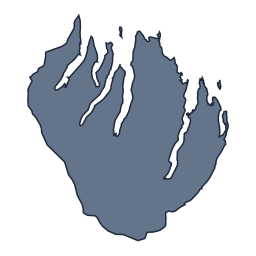 the district of Súðavíkurhreppur, Vestfirðir, Iceland
{"feature_id": "244011B7322015257461", "entity_name": "Súðavíkurhreppur", "entity_type": "district", "adm_level": 2, "iso_a3": "ISL", "parent_name": "Iceland", "parent_adm1": "Vestfirðir", "projection": "orthographic", "projection_center": [-22.738, 65.904], "detail": "fine", "context": "isolated", "style": "filled", "palette": "slate", "viewbox_px": 256, "rotation_deg": 0, "n_neighbors": 0, "source": "geoboundaries", "source_scale": "gbopen_adm2", "svg_char_len": 5723}
<svg xmlns="http://www.w3.org/2000/svg" viewBox="0 0 256 256"><path d="M83.4,212.9L87.6,215.3L95.3,215.8L97.5,218.1L99.8,222.5L102.9,226.6L108.3,231.0L115.9,234.3L123.5,234.6L137.9,240.6L144.8,238.5L147.1,232.3L153.5,232.0L159.7,230.4L164.8,226.8L165.7,225.1L165.8,221.7L165.6,220.5L166.0,218.9L165.5,213.6L166.0,212.4L169.2,211.0L172.3,211.9L175.5,210.9L180.2,207.2L185.0,204.7L184.2,203.9L184.8,203.0L191.2,199.8L198.1,192.5L200.5,188.6L201.9,188.7L202.0,186.9L207.1,181.4L209.9,177.4L214.8,167.9L214.9,165.8L215.9,164.1L215.8,162.3L217.1,158.0L221.5,151.3L224.8,145.1L225.7,144.4L225.2,140.6L223.9,139.7L225.9,135.7L226.7,131.3L228.0,127.7L228.1,124.3L226.7,120.6L226.9,116.8L226.3,114.7L226.7,113.0L226.4,111.3L224.1,111.6L223.2,114.6L222.7,114.8L222.4,116.9L223.1,117.8L223.4,121.8L225.0,124.5L225.5,123.8L226.1,124.8L225.7,127.8L226.2,129.3L223.1,134.7L219.1,136.8L219.3,135.8L219.7,136.2L219.3,135.7L219.9,132.9L219.5,127.0L218.4,121.2L218.3,116.7L219.1,112.0L220.1,110.4L220.7,110.4L220.8,109.4L220.5,109.2L220.9,108.6L220.4,106.6L217.3,100.1L215.1,97.3L214.4,97.1L213.4,98.3L213.0,96.8L212.5,98.8L212.6,100.5L213.6,102.6L212.9,103.2L213.1,105.1L212.3,105.2L211.7,103.4L211.2,104.0L211.2,105.3L210.1,105.6L209.3,104.2L208.0,104.0L208.0,103.0L207.4,102.5L206.8,99.9L206.9,96.2L207.9,94.6L207.0,90.6L206.5,90.5L206.9,89.1L204.4,85.9L204.2,83.6L203.3,83.4L203.2,82.6L203.7,82.4L203.6,80.9L202.3,77.8L201.9,80.4L201.1,79.1L200.8,79.7L201.1,80.3L200.3,80.0L200.4,79.1L200.1,78.9L199.3,82.5L199.5,84.5L200.2,85.8L200.1,86.8L199.7,88.5L198.5,89.2L197.5,93.4L197.9,94.8L197.4,98.7L198.0,100.7L197.9,104.1L196.2,106.4L195.5,109.6L193.4,110.1L193.7,111.1L192.6,111.8L192.4,111.1L191.8,112.9L190.4,113.2L189.6,115.0L189.1,115.2L188.7,114.0L188.2,115.0L188.3,117.4L190.2,118.4L190.5,121.2L188.8,127.3L188.3,127.8L187.1,131.4L185.7,133.2L185.2,132.7L184.3,133.6L184.0,140.5L183.3,143.4L177.4,151.6L177.1,159.8L177.6,161.3L177.4,165.3L170.9,178.3L167.6,179.2L164.8,177.9L165.0,179.0L163.8,178.9L164.0,178.0L167.8,173.6L170.1,168.6L170.7,165.9L171.3,165.5L171.4,163.1L168.9,161.2L168.6,160.1L172.2,148.9L175.0,143.6L178.1,140.2L178.4,138.3L177.8,136.1L180.5,128.9L182.0,127.7L181.6,126.4L181.9,125.5L183.6,123.6L182.0,118.8L185.1,110.4L185.0,109.3L184.0,108.3L183.9,106.5L185.7,100.4L185.3,98.4L183.9,97.1L183.7,95.9L184.3,93.5L185.9,90.0L188.2,80.4L187.6,79.9L186.5,83.3L186.1,82.5L182.7,83.9L182.2,82.4L181.5,82.3L181.3,81.0L180.8,80.7L181.8,80.6L182.0,79.9L180.8,79.9L180.8,77.9L180.1,76.9L181.1,75.0L182.0,75.1L182.3,73.9L181.1,72.7L179.7,73.7L177.2,72.3L177.1,65.7L175.3,63.4L174.5,58.6L174.0,57.6L171.4,60.1L169.8,59.9L166.5,57.1L164.5,56.3L162.6,54.0L161.5,47.4L160.0,46.3L159.7,42.6L158.7,41.4L159.6,40.0L159.7,39.2L159.4,38.3L160.3,36.3L160.2,33.6L159.4,32.1L159.2,33.1L157.3,34.7L158.5,37.2L158.4,38.8L150.1,36.9L148.9,37.6L148.7,38.4L149.6,40.6L148.6,41.4L146.7,41.2L145.9,39.4L145.1,39.4L143.1,35.5L139.6,31.1L137.4,31.9L136.6,34.8L135.7,35.8L135.7,40.2L134.8,46.9L133.2,51.8L132.9,60.4L131.0,63.1L131.2,64.4L130.8,65.1L131.8,65.7L133.3,68.7L134.7,76.0L134.1,79.4L132.8,82.4L131.1,90.3L132.0,92.3L132.9,98.1L130.4,105.4L128.7,111.9L125.7,117.7L124.1,118.9L123.5,120.8L121.3,124.0L121.5,125.0L119.7,130.7L119.7,132.2L119.1,134.1L117.5,136.3L116.4,136.0L115.6,134.6L116.2,133.8L116.0,133.4L115.1,134.1L114.5,135.7L113.8,135.5L113.7,134.6L114.5,134.9L113.8,133.8L113.9,132.1L113.4,129.9L115.0,120.4L120.0,111.9L121.3,105.1L122.9,102.7L122.5,102.2L122.9,99.9L122.4,96.3L123.3,90.9L122.8,87.0L123.0,84.5L124.0,77.1L125.2,74.7L124.8,73.7L125.1,72.6L124.7,72.6L124.9,71.4L122.4,69.1L121.7,67.6L120.4,67.1L120.0,65.9L120.2,64.1L118.2,69.1L115.1,72.2L113.4,77.2L112.3,78.3L112.8,79.0L112.7,80.2L111.2,85.1L111.0,88.2L109.6,91.4L103.1,99.5L94.6,105.8L94.9,106.1L91.5,112.5L86.5,117.2L82.6,124.5L81.5,125.5L80.2,125.4L79.5,123.9L81.1,118.7L82.7,115.4L88.1,109.9L89.7,104.8L91.2,102.4L100.0,94.3L100.7,92.4L104.3,86.7L106.2,78.0L107.1,77.5L107.3,75.5L108.8,74.4L109.8,70.2L110.8,69.4L112.3,62.8L112.7,59.1L112.5,58.4L113.2,54.0L111.4,48.4L111.6,46.2L112.6,45.1L112.2,43.8L110.5,42.3L108.2,43.7L106.0,43.1L106.7,48.1L107.8,50.3L108.0,52.5L104.8,55.8L105.0,56.9L103.3,61.9L99.2,69.6L96.0,72.7L97.2,79.0L99.7,84.2L99.0,86.7L96.1,86.6L94.7,82.4L92.3,78.1L91.5,72.1L92.0,70.9L91.8,70.0L92.4,67.2L95.1,61.9L97.6,61.8L96.8,60.5L97.6,57.9L97.2,55.9L97.3,54.6L94.3,46.2L92.5,37.6L91.2,36.4L89.5,40.9L88.3,46.0L87.5,46.9L87.6,48.8L87.2,52.1L84.8,59.1L82.5,62.6L69.4,77.4L67.6,77.2L69.4,79.5L67.4,83.2L67.4,84.5L66.7,85.1L66.0,87.2L64.9,86.9L65.9,86.4L65.6,85.9L66.0,85.1L64.6,83.7L62.7,86.3L57.4,90.0L56.1,90.2L54.5,88.5L55.4,86.3L60.5,80.0L63.2,74.9L63.4,73.6L67.1,67.4L67.4,65.5L74.8,59.0L78.4,54.2L80.2,54.9L79.8,54.2L80.0,52.9L79.3,51.4L79.9,48.2L79.6,44.8L80.7,44.1L80.6,43.5L80.3,43.5L80.6,44.0L79.7,44.1L79.9,43.2L80.7,42.5L81.1,42.9L80.6,41.4L80.8,40.0L80.4,38.5L80.0,32.3L80.4,28.0L80.2,20.9L78.8,15.4L74.8,21.0L74.3,22.8L74.3,27.0L73.9,28.6L68.1,38.8L66.5,43.2L62.2,46.3L45.9,52.1L45.6,53.2L45.7,56.4L44.0,65.5L38.7,68.4L37.5,71.7L32.6,74.6L31.5,76.4L29.9,77.2L32.1,81.3L28.9,87.0L27.9,89.9L28.3,94.1L27.9,99.2L28.2,105.8L31.7,110.7L32.7,114.2L35.2,116.5L40.2,124.9L41.4,128.5L41.7,132.7L47.3,145.0L64.6,161.9L68.6,174.9L72.1,179.5L74.6,184.3L77.5,195.7L82.4,204.9L83.1,208.1L83.4,212.9ZM121.7,37.1L121.3,35.7L121.8,29.4L121.1,27.2L119.7,27.3L119.6,29.7L120.6,32.3L120.0,34.0L120.0,35.6L121.7,37.1ZM219.9,82.8L219.9,81.8L219.8,82.6L217.7,82.7L217.6,84.1L217.9,85.6L219.1,88.0L219.3,87.5L219.7,88.2L219.8,87.6L220.3,88.4L220.7,87.2L220.6,85.0L219.9,82.8ZM187.9,113.3L186.9,113.4L186.6,114.8L187.4,115.0L187.9,113.3ZM220.1,81.0L219.8,80.6L219.4,81.0L219.7,81.4L220.1,81.0Z" fill="#64748b" stroke="#1e293b" stroke-width="1.5"/></svg>